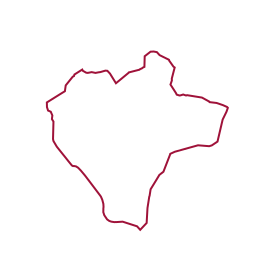 Akamkpa, Cross River, Nigeria (Mercator projection), rotated 132°
{"feature_id": "59680162B55799213409467", "entity_name": "Akamkpa", "entity_type": "district", "adm_level": 2, "iso_a3": "NGA", "parent_name": "Nigeria", "parent_adm1": "Cross River", "projection": "mercator", "projection_center": [8.538, 5.38], "detail": "fine", "context": "isolated", "style": "outline", "palette": "rose", "viewbox_px": 256, "rotation_deg": 132, "n_neighbors": 0, "source": "geoboundaries", "source_scale": "gbopen_adm2", "svg_char_len": 1404}
<svg xmlns="http://www.w3.org/2000/svg" viewBox="0 0 256 256"><g transform="rotate(132 128 128)"><path d="M163.3,205.4L166.7,202.2L168.5,199.1L167.6,196.3L169.3,192.6L172.3,190.5L173.1,187.7L186.4,176.3L187.6,174.6L189.5,168.5L189.8,166.8L192.4,150.9L192.5,150.4L193.2,145.9L193.4,144.6L193.1,143.4L192.4,142.7L191.3,140.9L190.9,138.5L191.2,134.4L192.1,128.1L193.6,120.2L196.9,103.1L197.2,102.0L198.6,99.0L200.9,95.5L203.1,93.3L204.0,92.7L207.1,90.0L207.6,89.1L208.7,87.2L209.9,82.4L209.6,79.8L208.8,77.8L207.1,75.2L205.6,73.6L201.2,69.3L198.5,63.3L195.0,55.5L195.5,50.8L186.1,50.6L174.4,60.0L164.9,66.2L163.9,66.6L158.4,70.2L149.7,71.8L141.8,73.3L136.8,72.4L119.2,79.1L118.9,79.3L114.3,77.3L94.0,64.4L87.2,55.5L84.9,54.1L78.2,52.4L58.4,63.3L50.0,65.7L46.2,67.3L46.1,68.5L47.5,72.8L50.1,78.9L54.2,84.7L54.0,85.3L55.9,93.4L64.1,106.1L65.0,106.6L66.2,109.4L68.6,110.8L69.4,111.5L70.6,114.1L69.9,115.9L67.3,125.5L63.3,127.2L62.0,128.5L51.8,133.8L52.0,135.2L50.4,142.4L49.9,143.2L52.7,153.3L52.3,157.3L54.0,160.1L56.2,162.3L63.5,163.6L71.6,156.7L72.9,157.3L74.5,157.6L76.1,158.4L77.0,158.5L86.2,164.6L86.7,164.5L102.8,166.9L99.6,177.9L99.6,178.1L99.3,181.6L100.5,183.2L105.0,186.0L106.4,187.2L108.8,189.0L110.8,192.4L114.0,194.8L114.9,196.1L115.7,199.9L115.2,201.1L124.1,203.6L125.6,202.9L126.8,203.4L138.0,202.8L142.9,199.5L147.6,200.9L163.3,205.4Z" fill="none" stroke="#9f1239" stroke-width="2"/></g></svg>